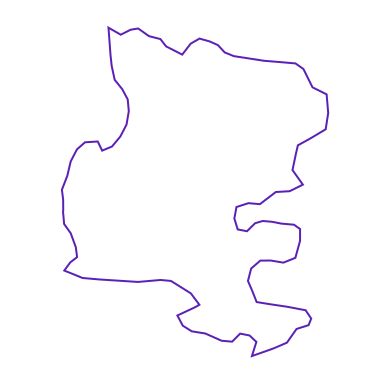 Naju-si, South Jeolla, South Korea, rotated 275°
{"feature_id": "91817680B40505476377979", "entity_name": "Naju-si", "entity_type": "district", "adm_level": 2, "iso_a3": "KOR", "parent_name": "South Korea", "parent_adm1": "South Jeolla", "projection": "equal_earth", "projection_center": [126.711, 34.984], "detail": "fine", "context": "isolated", "style": "outline", "palette": "violet", "viewbox_px": 384, "rotation_deg": 275, "n_neighbors": 0, "source": "geoboundaries", "source_scale": "gbopen_adm2", "svg_char_len": 1401}
<svg xmlns="http://www.w3.org/2000/svg" viewBox="0 0 384 384"><g transform="rotate(275 192 192)"><path d="M348.4,94.5L321.2,98.9L310.6,101.0L297.0,105.2L288.3,113.6L278.6,119.9L267.0,122.0L253.5,120.9L247.6,118.5L240.9,115.7L230.3,108.3L225.4,98.9L234.1,93.7L232.2,81.1L224.5,73.7L211.9,68.5L197.4,66.4L182.9,62.2L173.2,64.3L162.6,65.3L160.6,65.3L158.6,65.7L149.0,67.4L140.3,74.8L126.8,81.1L117.1,83.2L111.3,76.9L102.6,71.6L96.8,90.5L96.8,107.3L97.7,146.1L101.6,168.2L101.6,178.7L90.9,199.7L80.3,209.2L77.4,205.0L67.7,188.2L58.0,194.5L53.2,203.9L52.8,209.0L52.2,217.6L46.4,234.4L46.4,245.0L55.1,252.3L54.1,261.8L48.3,269.2L33.8,266.0L43.4,287.1L50.2,299.7L64.7,308.1L69.5,319.7L76.3,321.8L84.1,315.5L86.0,296.5L87.0,279.7L88.0,266.0L98.6,260.7L108.3,255.5L120.9,257.6L129.6,266.0L130.6,276.5L129.6,289.2L135.4,300.7L152.8,303.9L164.5,302.9L168.3,296.5L168.3,283.9L169.3,274.4L169.3,265.0L166.4,257.6L157.7,250.2L158.7,240.8L169.3,236.5L180.9,237.6L185.8,249.2L185.8,260.7L199.3,275.5L201.3,289.2L209.0,301.8L222.6,290.2L240.0,292.3L247.7,293.4L255.5,305.0L266.1,319.7L282.6,320.8L301.0,317.6L306.8,302.9L315.5,297.6L324.2,292.3L329.1,283.9L329.1,271.3L329.0,252.3L331.0,221.8L333.9,212.4L340.6,205.0L343.5,196.6L345.5,186.1L339.6,177.7L328.0,170.3L334.8,153.5L341.6,147.2L343.5,135.6L350.2,124.1L348.3,116.7L342.5,107.3L348.3,94.7L348.4,94.5Z" fill="none" stroke="#5b21b6" stroke-width="2"/></g></svg>